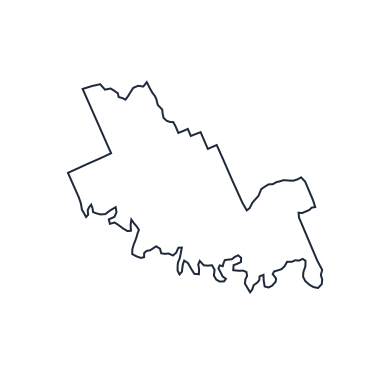 Campina das Missões, Rio Grande do Sul, Brazil, rotated 337°
{"feature_id": "56859067B58621448764792", "entity_name": "Campina das Missões", "entity_type": "district", "adm_level": 2, "iso_a3": "BRA", "parent_name": "Brazil", "parent_adm1": "Rio Grande do Sul", "projection": "equal_earth", "projection_center": [-54.831, -27.962], "detail": "fine", "context": "isolated", "style": "outline", "palette": "slate", "viewbox_px": 384, "rotation_deg": 337, "n_neighbors": 0, "source": "geoboundaries", "source_scale": "gbopen_adm2", "svg_char_len": 2745}
<svg xmlns="http://www.w3.org/2000/svg" viewBox="0 0 384 384"><g transform="rotate(337 192 192)"><path d="M193.3,73.2L188.4,75.9L183.9,73.2L178.6,73.2L174.8,75.8L170.7,78.7L166.9,81.0L164.8,78.5L161.6,75.9L162.3,72.2L159.9,68.3L157.5,64.9L151.9,63.8L149.6,56.9L141.3,55.4L131.6,54.4L132.2,92.7L132.5,116.0L132.7,124.7L122.6,125.1L108.6,125.3L103.6,125.4L85.3,125.9L85.7,153.0L85.2,159.4L83.8,165.1L84.3,169.6L84.7,173.6L87.5,172.4L88.9,168.0L91.2,165.9L94.2,164.3L94.1,168.0L93.1,171.8L95.4,174.1L99.0,176.9L103.6,178.5L108.1,177.3L112.2,176.6L115.8,176.2L114.6,181.1L110.9,184.6L104.7,184.7L104.0,189.2L108.9,189.9L111.4,193.7L114.4,198.8L117.4,202.8L120.7,203.8L122.6,198.3L125.4,193.7L126.4,198.3L127.7,202.3L128.3,206.2L125.9,208.6L123.6,211.5L120.9,214.5L117.6,217.8L114.7,221.4L112.7,225.8L115.9,229.7L119.2,232.7L122.4,233.3L124.2,229.4L127.3,228.5L130.9,229.3L134.0,228.7L137.8,228.0L140.4,231.7L139.7,236.4L143.0,238.4L146.3,239.4L149.7,243.0L153.7,241.7L157.7,238.0L160.9,239.2L158.0,243.6L155.0,248.0L151.5,251.5L149.8,254.6L148.0,258.8L148.3,263.0L151.5,261.5L153.3,258.4L155.2,255.2L158.0,252.1L160.5,255.8L161.3,262.9L162.2,268.3L166.2,270.4L168.3,265.9L169.5,261.1L172.2,258.5L174.2,264.1L177.7,265.9L181.8,267.3L182.4,272.4L179.5,277.5L180.1,282.1L182.4,285.2L186.5,286.8L189.3,285.2L187.2,281.7L186.9,277.2L186.5,272.6L188.9,270.4L191.3,272.3L193.3,269.7L195.6,267.5L199.3,268.5L202.5,269.5L205.7,268.5L209.7,268.3L211.5,271.8L209.7,275.6L205.3,275.8L201.7,275.6L199.4,280.1L204.5,282.9L208.3,284.3L210.8,286.9L209.9,290.8L207.1,293.2L204.9,297.0L205.5,301.3L206.3,307.0L209.5,305.2L212.3,301.9L216.8,300.9L219.5,299.4L221.2,296.1L225.4,296.2L223.4,301.5L222.0,307.3L225.1,309.8L229.0,309.6L233.9,307.3L235.6,304.5L234.2,299.1L236.6,297.2L240.7,297.7L244.1,298.0L248.1,296.6L252.2,293.4L256.7,295.3L260.4,295.2L263.8,297.0L267.8,296.8L269.6,299.7L267.4,304.6L263.1,309.4L261.1,313.5L261.5,318.3L263.9,323.4L266.7,327.0L270.5,329.6L275.3,327.6L277.6,323.7L278.2,318.7L281.4,314.6L280.5,304.2L280.5,299.1L280.5,294.5L280.5,284.5L280.5,277.2L280.5,265.9L280.5,262.1L280.5,257.4L282.0,252.7L285.2,254.4L289.1,254.4L292.8,254.4L296.1,253.2L299.5,254.0L300.2,247.1L300.2,238.4L300.2,226.7L298.2,221.2L294.0,221.6L289.7,221.2L285.8,219.4L281.0,216.9L276.5,216.4L273.5,215.9L269.5,216.4L265.4,214.9L260.8,215.6L256.9,216.4L254.1,219.1L251.6,221.6L249.0,222.8L246.4,224.0L243.6,225.3L238.7,229.4L235.2,230.3L234.2,221.6L233.6,196.3L233.4,173.2L233.1,158.4L223.4,158.5L223.3,140.3L212.8,139.9L212.8,132.3L209.5,132.4L202.5,132.3L202.5,125.1L202.1,120.4L199.2,119.0L196.5,116.5L194.8,112.7L195.6,108.3L196.8,104.6L194.5,98.4L195.4,93.1L195.4,89.4L194.3,85.2L193.7,79.9L193.3,73.2Z" fill="none" stroke="#1e293b" stroke-width="2"/></g></svg>